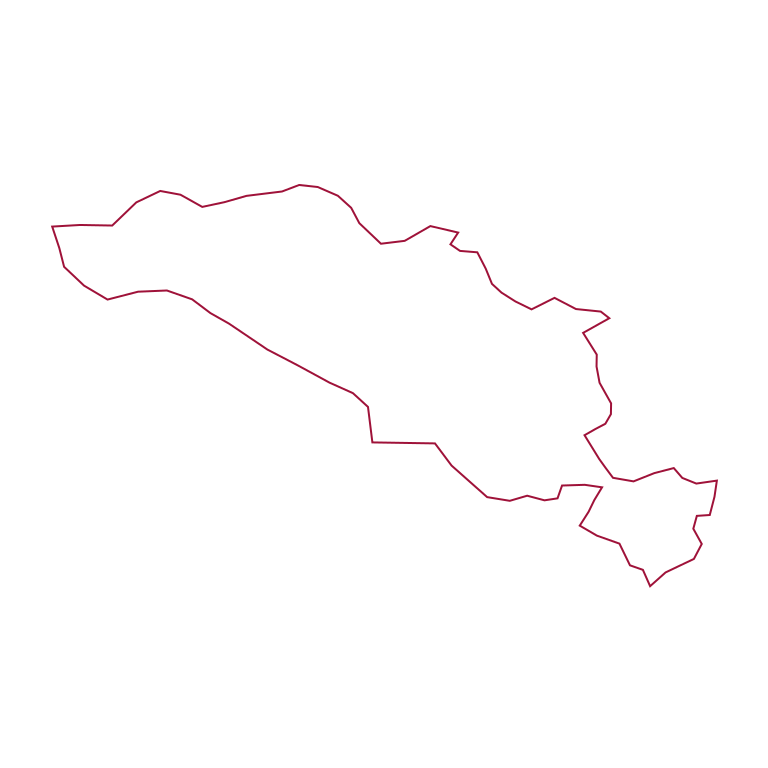 the district of Nikitari, Nicosia, Cyprus, rotated 91°
{"feature_id": "46923920B48004399301476", "entity_name": "Nikitari", "entity_type": "district", "adm_level": 2, "iso_a3": "CYP", "parent_name": "Cyprus", "parent_adm1": "Nicosia", "projection": "orthographic", "projection_center": [32.981, 35.047], "detail": "fine", "context": "isolated", "style": "outline", "palette": "rose", "viewbox_px": 768, "rotation_deg": 91, "n_neighbors": 0, "source": "geoboundaries", "source_scale": "gbopen_adm2", "svg_char_len": 1244}
<svg xmlns="http://www.w3.org/2000/svg" viewBox="0 0 768 768"><g transform="rotate(91 384 384)"><path d="M509.3,56.0L491.0,51.6L474.8,49.5L478.1,70.0L472.7,84.1L463.0,92.8L468.4,112.2L477.0,132.8L473.8,153.4L464.1,160.9L455.4,167.4L431.7,182.6L425.3,171.8L419.9,162.0L410.2,156.6L399.4,156.6L379.0,168.5L362.8,171.8L350.9,171.8L329.4,185.8L314.3,159.9L307.8,168.5L305.7,193.4L294.9,215.0L306.8,237.8L299.2,254.0L290.6,268.1L282.0,277.8L266.9,284.3L250.7,293.0L249.6,310.3L243.2,320.0L231.3,312.5L225.3,340.4L240.5,365.8L243.8,389.5L223.6,411.5L208.4,419.9L196.6,433.4L188.2,453.7L186.5,472.3L193.3,489.3L198.3,524.8L205.0,546.8L210.1,568.8L198.3,590.8L194.9,611.1L206.7,634.8L230.3,658.5L230.3,690.7L232.4,718.5L253.8,711.0L272.4,705.9L290.9,685.6L304.4,661.9L296.0,631.5L294.3,602.7L302.7,577.3L316.2,558.7L326.3,540.1L351.6,501.2L366.8,470.7L383.6,438.5L393.7,414.9L407.2,399.6L442.6,394.6L442.5,332.0L464.4,315.0L495.3,278.9L498.6,256.2L493.2,238.9L497.5,221.5L495.3,208.5L482.4,204.2L481.3,181.5L483.5,164.2L496.4,171.7L508.2,177.2L522.2,185.8L531.9,168.5L539.5,145.8L561.0,134.9L565.3,121.9L581.5,114.4L567.5,99.2L561.0,86.2L553.5,71.1L538.4,63.5L523.3,72.2L510.4,68.9L509.3,56.0Z" fill="none" stroke="#9f1239" stroke-width="2"/></g></svg>